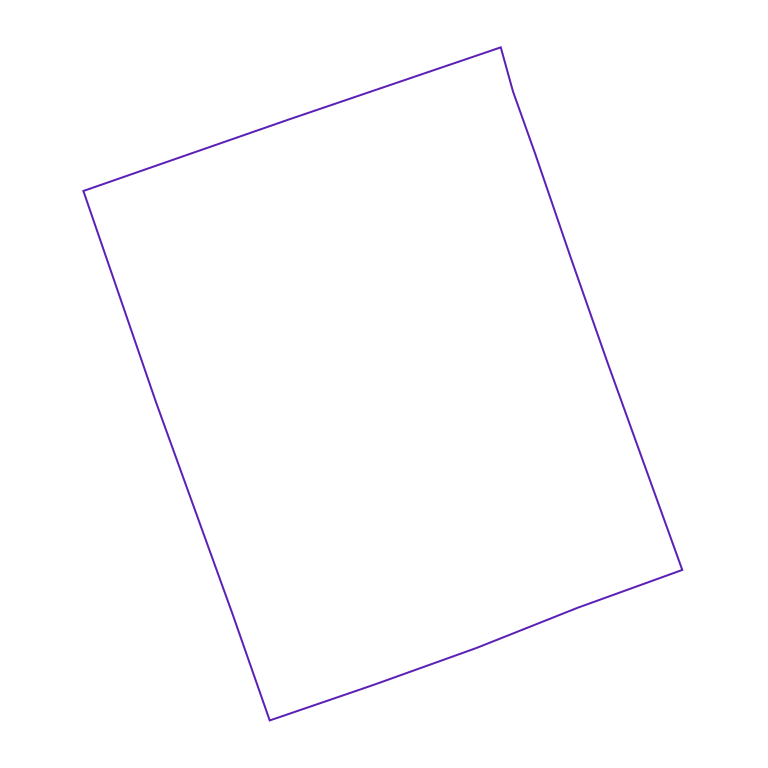 Jackson, Michigan, United States of America, rotated 251°
{"feature_id": "52423323B91147156706901", "entity_name": "Jackson", "entity_type": "district", "adm_level": 2, "iso_a3": "USA", "parent_name": "United States of America", "parent_adm1": "Michigan", "projection": "equal_earth", "projection_center": [-84.434, 42.248], "detail": "fine", "context": "isolated", "style": "outline", "palette": "violet", "viewbox_px": 768, "rotation_deg": 251, "n_neighbors": 0, "source": "geoboundaries", "source_scale": "gbopen_adm2", "svg_char_len": 358}
<svg xmlns="http://www.w3.org/2000/svg" viewBox="0 0 768 768"><g transform="rotate(251 384 384)"><path d="M216.0,165.9L103.1,166.4L102.9,275.1L104.3,384.9L109.4,494.4L111.1,605.5L332.9,602.3L442.7,601.7L553.5,601.9L618.5,601.2L664.3,604.0L665.1,380.7L664.4,162.6L655.3,162.6L441.1,162.5L216.0,165.9Z" fill="none" stroke="#5b21b6" stroke-width="2"/></g></svg>